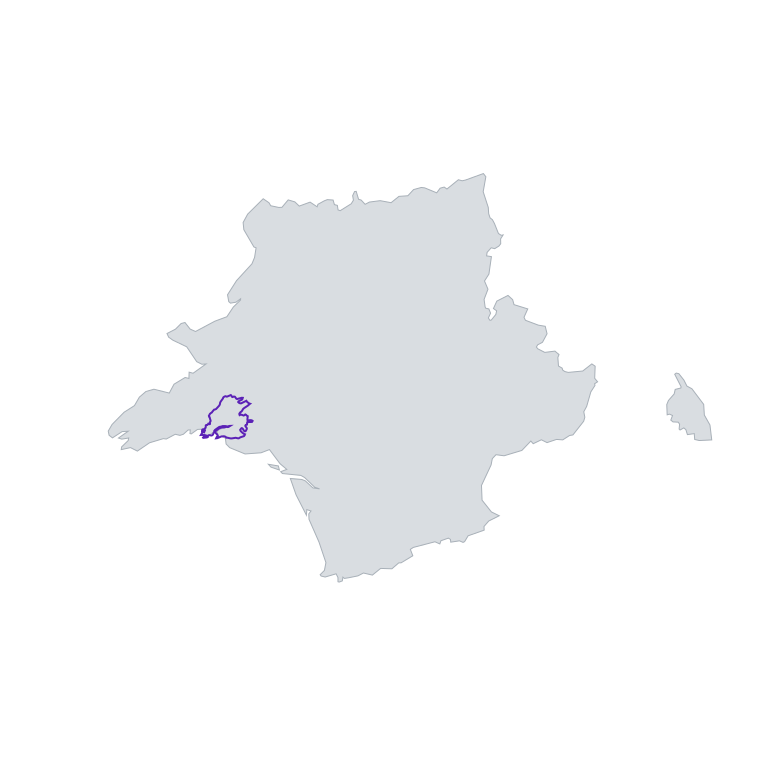 where Loire-Atlantique sits in France, rotated 328°
{"feature_id": "FRA-5316", "entity_name": "Loire-Atlantique", "entity_type": "Metropolitan department", "adm_level": 1, "iso_a3": "FRA", "parent_name": "France", "parent_adm1": "", "projection": "natural_earth1", "projection_center": [-1.707, 47.343], "detail": "fine", "context": "in_parent", "style": "outline", "palette": "violet", "viewbox_px": 768, "rotation_deg": 328, "n_neighbors": 0, "source": "natural_earth", "source_scale": "10m", "svg_char_len": 7358}
<svg xmlns="http://www.w3.org/2000/svg" viewBox="0 0 768 768"><g transform="rotate(328 384 384)"><path d="M564.0,320.7L559.8,322.7L557.3,326.9L554.6,327.9L549.6,327.9L547.1,325.3L541.2,327.0L538.9,329.7L542.6,332.9L531.2,346.4L523.8,349.9L522.4,358.7L513.7,365.3L510.6,372.2L510.4,373.6L512.7,375.9L511.9,380.4L507.5,383.3L507.6,386.2L508.9,386.6L515.7,384.3L518.3,381.6L516.8,378.0L523.6,373.5L536.1,374.6L537.8,380.6L536.3,385.6L545.7,396.5L538.1,401.6L537.7,404.9L546.1,415.9L551.3,420.5L548.9,427.8L540.5,432.6L535.1,432.2L532.8,433.4L533.1,435.7L537.1,442.4L546.4,446.7L548.0,451.8L545.5,453.6L541.5,461.2L543.5,465.0L542.9,466.7L543.9,469.2L546.4,471.8L559.4,478.3L570.9,477.1L572.5,480.8L565.7,490.8L566.3,495.3L562.7,495.4L562.2,497.0L555.2,500.3L544.0,510.4L538.7,513.4L536.7,518.6L533.6,521.4L517.2,527.3L514.1,526.0L506.0,526.1L500.9,522.4L491.2,520.1L487.9,514.7L478.9,513.7L478.3,510.2L465.7,513.4L447.8,508.5L441.5,503.3L436.3,504.7L431.9,509.4L412.9,521.7L405.6,534.5L407.3,549.4L411.9,556.8L400.2,555.7L393.3,557.8L391.5,561.0L374.9,557.3L368.8,560.4L367.1,560.2L364.9,557.0L356.8,553.5L358.0,551.0L356.9,548.8L349.2,547.1L346.6,549.2L343.6,544.8L322.2,538.1L318.7,538.2L317.4,544.9L303.7,544.7L301.7,543.5L292.8,544.9L283.4,538.6L272.9,539.9L266.4,533.4L260.2,532.9L251.4,529.6L247.4,527.9L246.8,526.0L244.3,528.9L241.0,528.2L240.2,527.3L242.4,523.7L242.8,519.6L231.8,516.5L228.9,513.5L228.8,511.9L234.7,510.5L240.1,504.7L245.1,483.7L248.7,459.0L251.4,454.3L254.8,453.0L252.0,449.6L248.7,454.1L250.7,431.4L254.5,414.5L263.7,421.4L265.9,424.4L268.7,434.5L273.8,438.8L270.5,434.7L267.1,421.2L265.0,417.4L250.4,406.1L249.9,403.6L256.3,404.9L253.6,396.5L252.1,378.9L243.3,377.2L229.1,369.7L219.4,356.2L218.3,351.2L220.8,345.9L218.6,342.5L214.5,340.2L217.7,335.6L220.5,335.2L230.7,337.8L222.4,333.5L208.9,334.9L203.6,333.4L202.6,330.3L206.3,326.2L201.8,323.7L194.1,324.2L193.2,323.2L195.4,320.3L193.5,319.2L187.2,320.3L183.7,319.4L180.3,316.0L170.2,315.3L167.9,313.4L154.0,309.6L139.3,310.2L135.3,303.6L126.4,300.4L128.2,298.3L137.1,296.4L138.9,294.5L132.4,291.8L130.2,289.1L142.1,288.5L136.7,285.6L125.2,285.8L123.7,281.8L125.2,277.8L132.0,274.2L148.7,270.2L160.9,270.1L169.6,265.5L178.1,264.2L186.1,266.5L197.1,277.9L205.8,272.9L218.8,273.1L221.5,275.9L225.0,270.7L227.8,273.7L243.7,272.7L240.0,270.7L237.0,265.8L236.4,247.9L228.2,235.0L226.2,230.2L226.7,226.2L236.2,227.0L244.0,225.2L247.8,226.4L248.7,234.7L252.0,239.6L273.8,241.1L286.4,243.7L297.0,238.9L306.8,236.8L307.6,235.7L301.9,236.2L296.7,234.1L296.0,231.9L298.6,225.4L313.7,218.2L335.7,212.1L341.3,208.1L347.7,200.7L346.3,198.9L346.9,178.9L350.1,172.4L358.4,167.7L379.7,162.9L382.5,169.3L382.4,172.8L388.2,178.4L391.0,180.1L400.3,177.1L404.9,182.3L406.4,188.2L417.7,190.6L421.2,198.3L423.2,196.6L430.3,197.0L433.6,197.6L438.3,201.0L437.0,205.6L439.1,207.8L437.3,212.0L438.7,213.8L451.7,213.8L455.5,211.9L457.2,207.7L461.0,205.2L462.5,205.9L460.3,213.9L462.1,215.9L463.2,221.6L468.1,222.0L477.9,226.5L486.1,234.0L496.1,232.8L504.0,237.0L512.1,234.8L519.8,237.1L522.5,239.3L530.0,249.8L535.4,247.7L539.4,248.9L540.7,252.0L555.3,250.2L558.0,253.1L561.1,254.2L579.8,258.2L580.2,262.2L570.0,273.5L566.0,289.5L563.0,295.1L562.0,299.3L563.0,302.1L562.7,306.5L560.8,317.0L562.2,320.0L564.0,320.7ZM640.4,539.6L639.8,546.3L642.6,551.2L644.3,570.7L639.2,580.1L638.7,591.5L632.3,605.1L621.4,599.0L618.1,595.7L620.8,590.5L614.5,587.7L615.8,582.7L615.0,580.1L610.7,579.9L610.4,578.6L613.4,574.7L613.3,572.3L609.0,569.3L608.1,566.6L612.0,563.6L610.1,560.8L607.8,560.2L612.9,551.3L616.5,548.7L624.8,546.2L628.1,542.9L633.6,544.7L634.5,543.8L635.7,529.8L637.6,529.6L639.5,531.5L640.4,539.6ZM251.0,397.5L249.7,401.5L244.1,394.6L243.4,390.8L251.0,397.5Z" fill="#d9dde1" stroke="#a8b0b8" stroke-width="1"/><path d="M221.8,346.0L221.8,345.2L221.4,344.4L221.0,343.9L220.4,343.4L218.3,342.3L214.2,341.7L212.9,341.1L213.4,340.8L213.8,340.5L214.2,340.3L215.4,340.1L215.6,340.0L215.7,339.6L215.8,338.9L215.9,338.3L215.5,337.6L215.4,336.9L215.4,336.4L215.6,335.8L215.8,335.3L216.1,334.9L217.0,334.6L220.3,334.3L220.5,334.1L221.0,333.9L221.3,334.3L221.6,334.5L223.4,334.9L223.9,334.9L223.7,334.6L224.1,334.6L224.5,334.7L224.8,334.9L225.2,335.2L224.4,335.2L224.4,335.5L225.9,336.4L227.4,336.7L227.7,336.9L228.5,337.6L229.3,338.0L231.3,338.0L230.6,337.6L229.1,337.3L228.5,336.9L227.4,335.8L226.1,334.9L224.9,334.2L224.2,334.0L223.3,333.9L223.0,333.8L222.5,333.4L221.2,333.1L216.3,333.4L215.1,333.9L214.9,334.3L214.7,334.6L214.5,334.9L214.2,335.2L213.1,335.4L212.3,336.2L211.6,336.4L210.9,336.4L210.3,336.2L209.7,335.7L208.9,334.9L208.3,334.6L207.7,334.5L207.4,334.5L207.1,334.6L206.8,334.8L206.7,335.1L206.6,335.4L206.6,335.5L205.5,335.5L202.2,333.9L202.2,333.6L203.0,333.7L204.5,334.4L205.4,334.3L206.0,333.6L205.6,333.0L204.9,332.4L204.4,331.8L204.1,331.9L204.0,332.0L203.9,332.1L204.1,332.4L204.1,332.6L203.9,333.0L203.6,333.0L203.6,331.7L203.2,331.0L201.7,330.2L204.5,328.7L204.9,328.7L205.3,328.9L205.9,329.0L205.6,329.3L205.9,329.6L206.2,329.2L207.5,328.6L207.6,328.3L207.0,328.2L206.1,328.2L205.6,328.0L205.9,327.4L205.3,327.0L205.1,327.0L205.4,326.6L205.7,326.5L206.1,326.4L206.5,326.6L206.8,326.8L207.1,326.9L207.5,326.9L208.2,326.8L208.5,326.7L208.8,326.8L209.2,326.7L209.6,326.5L210.1,325.9L210.4,325.5L210.6,325.1L210.7,324.9L210.8,324.8L210.9,324.7L211.1,324.6L211.5,324.6L211.8,324.7L211.9,324.8L212.0,324.8L212.2,325.0L212.5,325.1L212.9,325.0L213.4,324.9L214.0,324.5L214.3,324.6L214.5,324.7L214.5,324.8L214.4,325.1L214.5,325.3L214.7,325.6L214.9,325.7L215.2,325.7L215.4,325.5L215.6,325.1L215.8,324.6L216.0,324.3L216.4,324.0L216.8,323.9L217.3,323.5L217.6,323.0L218.1,321.0L218.3,320.4L218.4,320.2L218.5,320.0L218.4,319.8L218.5,319.6L218.5,319.4L218.5,319.0L218.4,318.9L218.7,318.1L219.8,317.6L220.3,317.2L220.5,317.1L221.8,316.9L223.0,316.9L223.8,316.5L226.3,315.7L227.4,316.1L228.1,316.2L228.5,316.2L232.8,315.0L233.7,314.5L234.3,314.0L234.5,313.7L234.8,313.4L235.0,313.1L235.3,312.9L236.1,312.4L239.8,310.9L240.3,310.4L240.7,310.2L241.8,310.1L242.6,310.2L242.9,310.3L243.3,310.5L243.5,310.9L243.7,311.2L244.2,311.5L244.6,311.6L248.2,312.2L248.4,312.8L248.3,314.3L248.6,314.8L248.8,314.9L249.6,314.9L250.2,315.2L250.5,315.5L250.8,315.8L250.9,316.5L250.9,317.8L251.1,318.5L251.5,318.9L256.1,320.3L256.9,320.9L256.0,321.7L255.1,322.0L251.4,321.6L250.8,322.0L251.0,323.0L251.7,324.1L252.6,324.7L258.4,325.3L258.4,326.4L258.8,327.7L259.3,328.9L259.9,329.7L259.7,329.7L259.5,329.8L259.4,329.8L259.2,329.8L258.9,329.9L258.7,329.9L258.4,330.0L258.2,330.0L257.9,330.0L257.7,330.1L257.4,330.1L257.2,330.2L252.6,330.3L251.3,330.5L249.2,331.6L248.5,331.8L247.0,331.9L246.4,332.1L246.2,332.2L246.1,332.3L245.9,332.4L245.8,332.5L245.7,332.5L245.4,332.7L245.4,332.8L245.1,333.9L246.5,334.1L248.3,336.4L249.2,336.5L250.2,336.3L250.7,337.1L250.9,338.2L251.4,339.1L249.4,341.6L249.0,342.6L251.5,343.8L252.6,344.7L253.0,345.7L251.9,346.2L249.0,344.5L247.6,344.1L246.8,345.1L246.3,345.8L245.0,345.5L244.3,345.9L244.1,346.5L244.3,348.2L244.2,348.8L244.0,349.2L243.7,349.5L242.1,350.5L241.4,350.6L240.8,350.3L240.5,349.6L240.5,347.1L240.3,346.4L239.9,346.0L239.4,346.0L237.7,346.7L237.5,347.9L238.0,350.0L238.8,352.1L239.4,352.9L239.2,353.0L238.7,353.6L237.6,354.0L234.0,353.1L232.1,353.1L231.5,352.8L229.7,351.0L225.9,349.4L224.8,348.6L222.6,346.4L221.8,346.0Z" fill="none" stroke="#5b21b6" stroke-width="2"/></g></svg>